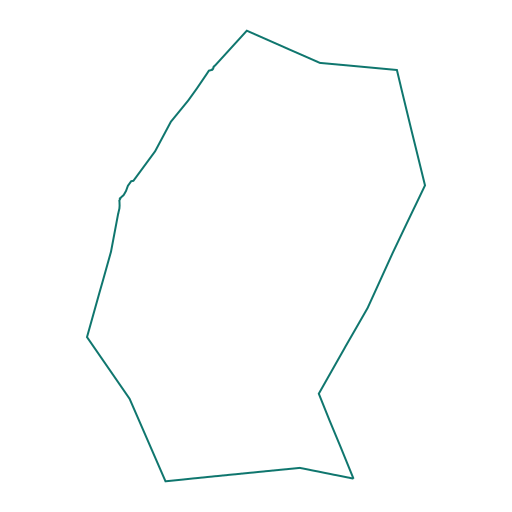 the district of Meråker nor, Nord-Trøndelag, Norway
{"feature_id": "86288312B15566061957795", "entity_name": "Meråker nor", "entity_type": "district", "adm_level": 2, "iso_a3": "NOR", "parent_name": "Norway", "parent_adm1": "Nord-Trøndelag", "projection": "mercator", "projection_center": [11.797, 63.407], "detail": "fine", "context": "isolated", "style": "outline", "palette": "teal", "viewbox_px": 512, "rotation_deg": 0, "n_neighbors": 0, "source": "geoboundaries", "source_scale": "gbopen_adm2", "svg_char_len": 2291}
<svg xmlns="http://www.w3.org/2000/svg" viewBox="0 0 512 512"><path d="M353.5,478.7L351.1,472.8L340.9,447.7L329.4,420.1L318.8,393.7L338.1,359.6L344.4,348.5L345.2,347.0L357.0,326.5L367.6,308.0L374.0,294.0L392.6,253.1L406.7,223.5L414.2,207.9L416.1,204.0L425.0,185.4L415.6,147.1L411.4,130.1L400.7,86.0L400.7,85.9L396.9,70.0L343.1,65.0L340.8,64.8L340.2,64.8L339.9,64.7L339.5,64.7L338.9,64.6L338.3,64.6L337.6,64.5L319.9,62.9L319.0,62.5L288.7,49.2L246.8,30.7L215.0,65.6L214.9,65.6L214.7,65.7L214.6,65.8L214.4,66.0L214.2,66.2L214.1,66.3L213.9,66.5L213.8,66.8L213.7,66.8L213.6,67.0L213.4,67.2L213.4,67.3L213.4,67.5L213.4,67.8L213.3,68.0L213.2,68.2L213.2,68.4L213.2,68.5L213.1,68.8L212.9,69.0L212.7,69.2L212.5,69.3L212.5,69.5L212.4,69.6L212.3,69.8L212.2,69.8L212.0,69.7L211.9,69.6L211.7,69.6L211.5,69.8L211.4,69.9L211.3,70.0L211.2,70.1L210.9,70.2L209.0,70.6L208.8,70.8L206.7,74.0L196.7,88.7L188.3,100.4L170.9,121.7L155.1,151.3L133.4,180.8L131.2,181.2L127.9,185.8L126.0,191.0L123.7,195.0L120.0,198.3L120.3,198.6L119.3,200.7L119.5,201.9L119.5,202.0L119.5,202.4L119.5,202.6L119.6,205.7L119.4,208.5L118.4,212.8L118.3,213.4L118.2,213.5L111.0,251.7L102.9,280.6L99.6,292.1L87.0,337.1L129.6,398.8L165.5,481.3L183.4,479.5L186.1,479.2L188.0,479.0L189.8,478.8L193.5,478.4L195.9,478.2L198.9,477.9L201.5,477.6L202.6,477.5L203.0,477.5L205.8,477.2L207.4,477.0L209.5,476.8L211.8,476.6L214.3,476.3L215.4,476.2L216.5,476.1L217.0,476.1L221.8,475.6L222.4,475.5L224.2,475.4L224.7,475.3L226.3,475.2L228.4,474.9L230.6,474.7L231.5,474.6L232.8,474.5L233.8,474.4L235.3,474.3L236.2,474.2L238.0,474.0L239.1,473.9L240.2,473.8L241.4,473.6L242.1,473.6L243.1,473.5L243.9,473.4L246.0,473.2L248.0,473.0L249.7,472.8L251.0,472.7L253.4,472.5L256.2,472.2L258.9,471.9L262.2,471.6L264.4,471.4L265.7,471.2L268.3,471.0L270.4,470.8L272.9,470.5L273.5,470.5L276.3,470.2L277.5,470.1L280.2,469.8L283.4,469.5L285.5,469.3L286.8,469.2L289.5,468.9L291.8,468.7L294.8,468.4L297.7,468.1L299.8,467.9L300.4,468.0L301.8,468.3L302.5,468.4L303.5,468.6L306.5,469.2L309.5,469.8L310.8,470.1L313.3,470.6L315.4,471.0L318.1,471.5L320.0,471.9L323.8,472.7L325.8,473.1L327.9,473.5L330.4,474.0L334.1,474.8L336.0,475.1L338.5,475.6L341.0,476.1L344.0,476.7L347.4,477.4L349.1,477.7L351.2,478.2L353.4,478.6L353.5,478.7Z" fill="none" stroke="#0f766e" stroke-width="2"/></svg>